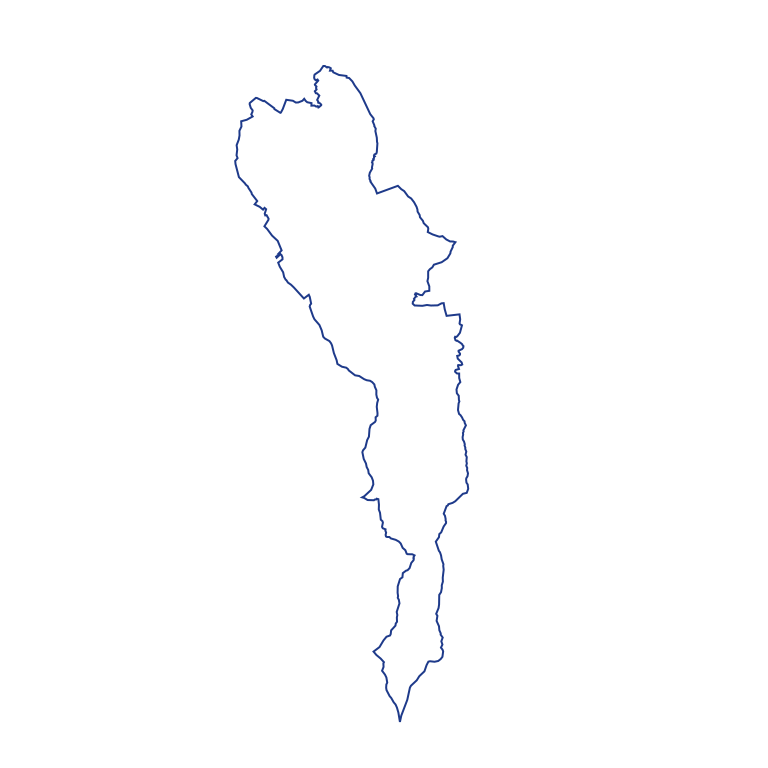 outline of Musetesti, Gorj, Romania, rotated 156°
{"feature_id": "2599482B16090003119204", "entity_name": "Musetesti", "entity_type": "district", "adm_level": 2, "iso_a3": "ROU", "parent_name": "Romania", "parent_adm1": "Gorj", "projection": "albers", "projection_center": [23.469, 45.217], "detail": "fine", "context": "isolated", "style": "outline", "palette": "blue", "viewbox_px": 768, "rotation_deg": 156, "n_neighbors": 0, "source": "geoboundaries", "source_scale": "gbopen_adm2", "svg_char_len": 6155}
<svg xmlns="http://www.w3.org/2000/svg" viewBox="0 0 768 768"><g transform="rotate(156 384 384)"><path d="M430.2,645.3L432.4,632.0L429.3,623.5L429.3,622.6L428.0,619.9L428.1,618.4L427.2,612.8L427.5,611.3L425.4,602.7L429.1,600.7L425.5,596.4L423.6,592.5L421.5,593.5L420.6,591.6L423.7,588.1L423.9,586.3L422.6,586.0L422.2,582.0L422.8,581.0L429.1,576.7L427.7,573.2L425.9,565.1L422.9,558.0L423.2,547.7L426.8,546.2L425.9,545.9L425.8,545.1L430.8,544.2L430.7,543.0L426.1,544.6L425.2,543.6L425.2,541.1L426.0,539.2L431.3,537.9L431.5,533.5L430.7,527.1L431.7,522.4L431.4,519.2L431.0,518.7L430.5,515.7L428.6,512.6L427.1,508.9L422.4,494.7L416.4,496.1L416.4,493.7L417.9,487.0L419.2,486.4L420.4,485.0L421.3,474.5L421.2,471.4L419.0,464.2L419.1,458.4L420.3,451.9L419.5,449.6L416.4,445.4L415.8,442.7L415.8,440.3L417.2,432.7L417.6,425.0L418.4,421.3L415.4,416.9L411.8,414.2L410.8,412.1L410.7,410.8L406.9,403.7L403.4,401.4L400.2,396.5L398.3,394.5L395.4,392.6L394.0,390.5L393.0,387.5L393.5,385.2L393.5,381.4L395.3,377.5L396.0,374.3L395.7,372.1L397.9,369.5L399.9,366.1L401.8,360.0L402.9,357.7L405.2,357.0L406.4,354.0L407.6,353.0L412.9,351.8L415.5,348.9L419.2,342.0L422.2,339.6L426.9,333.5L430.2,331.9L431.5,330.5L433.0,323.8L432.8,318.7L433.6,315.2L433.4,311.9L434.3,308.7L433.2,303.8L433.4,300.1L434.6,296.6L438.8,292.5L447.6,289.5L450.0,289.3L448.4,287.9L446.2,284.7L440.5,281.9L439.5,282.2L438.1,281.7L437.4,282.2L436.0,281.1L437.7,275.8L439.8,271.5L440.0,268.0L442.1,261.4L441.2,259.3L441.4,257.8L443.9,254.3L443.8,252.7L441.7,250.6L442.4,249.5L442.5,247.4L443.9,245.5L444.2,243.9L443.6,243.1L441.3,242.0L440.5,240.1L436.7,236.9L434.5,234.0L433.6,231.5L433.6,226.7L432.1,223.5L432.3,219.7L431.6,218.9L427.4,216.9L425.8,215.0L427.5,213.8L427.5,212.9L428.0,212.7L428.2,211.6L428.7,211.0L431.8,209.5L435.5,205.4L438.2,204.3L439.8,204.5L443.7,203.6L445.8,199.9L448.7,199.3L453.8,193.5L456.5,187.7L457.4,184.5L458.4,183.1L458.2,180.9L459.1,177.3L465.1,170.6L465.8,167.5L467.2,165.5L468.8,161.5L470.7,160.4L471.8,158.6L477.7,156.0L479.6,152.8L480.8,151.8L484.5,152.1L488.7,150.0L495.1,145.5L502.4,143.8L501.2,139.6L498.7,134.5L497.2,129.9L498.2,129.0L499.5,125.7L502.4,122.8L501.3,118.1L501.2,114.9L502.5,109.9L504.1,108.5L505.6,105.6L506.2,103.3L505.8,96.5L505.1,94.3L504.6,89.2L503.8,86.5L503.8,83.1L504.5,78.0L506.9,68.8L503.1,74.0L491.2,86.0L483.8,96.1L482.1,97.4L474.6,100.0L470.6,102.7L463.9,105.1L459.4,109.9L456.4,112.3L454.7,112.0L450.8,109.7L447.1,108.9L444.0,109.7L441.6,111.0L438.7,115.7L438.6,117.6L439.2,120.0L436.6,122.2L436.3,125.6L433.5,128.5L434.2,132.0L433.6,133.1L433.6,136.5L432.3,140.3L432.3,146.2L429.5,150.5L429.8,152.8L425.3,157.1L423.4,160.1L419.3,168.9L416.6,170.6L414.2,174.0L413.1,176.6L410.6,179.5L409.1,183.2L405.0,190.1L403.9,193.7L403.0,195.2L402.6,200.4L401.6,204.2L401.3,207.5L401.7,209.3L400.8,218.9L396.1,221.7L394.5,224.4L392.1,225.2L387.4,229.6L383.9,231.7L383.3,233.0L383.3,234.2L382.6,235.6L381.9,238.8L382.2,241.2L376.5,247.0L375.1,247.1L374.1,248.0L369.7,247.5L366.6,247.9L356.6,251.6L352.7,250.9L349.7,254.0L348.4,258.2L348.8,260.3L347.9,263.2L347.2,264.4L345.3,265.7L343.6,268.2L343.2,271.5L342.1,273.5L342.1,275.9L340.6,277.8L340.2,279.8L338.1,283.6L338.3,286.2L336.3,288.8L336.2,291.6L335.6,292.7L335.4,295.1L334.7,296.1L334.3,298.9L334.6,301.2L333.8,303.5L332.2,305.7L331.8,307.2L330.6,308.2L330.3,309.4L326.0,312.9L326.1,315.7L325.6,317.2L326.3,319.1L326.3,321.7L326.8,324.5L327.6,326.1L327.0,330.1L323.7,336.0L322.2,337.5L322.1,338.8L320.5,342.9L321.2,345.9L320.0,349.5L316.6,353.2L313.5,354.7L312.9,358.8L311.1,363.0L313.0,363.9L314.0,366.0L313.9,366.8L312.8,367.7L309.4,367.2L309.1,370.4L308.5,371.1L306.1,369.9L304.6,370.0L304.3,372.1L306.3,377.2L305.7,379.9L303.5,379.5L302.6,380.0L302.2,380.8L302.7,383.3L302.3,384.1L298.6,384.1L296.9,384.9L296.0,386.3L296.4,387.1L296.4,388.5L297.4,390.5L299.6,393.9L300.1,393.9L300.9,395.0L300.6,397.4L299.8,398.2L299.0,397.6L297.7,397.8L293.8,399.9L288.9,405.9L290.3,407.6L290.4,408.5L288.1,412.1L286.7,416.9L299.1,420.8L298.1,427.7L296.6,433.6L298.7,434.3L302.9,434.0L309.2,436.6L312.6,438.7L317.1,439.8L324.1,443.3L325.1,445.7L324.2,447.3L322.0,448.4L322.0,449.6L319.5,450.9L318.8,450.8L319.0,451.6L318.7,452.2L319.3,453.1L318.4,454.0L317.8,453.9L314.6,450.5L312.8,449.6L308.9,451.8L304.7,450.7L302.9,454.8L302.5,460.3L300.5,463.0L297.8,469.0L295.5,470.2L292.4,470.9L289.9,472.7L281.8,471.8L274.9,473.1L270.3,476.3L269.3,477.9L265.5,481.1L264.9,482.4L261.1,484.5L263.0,486.1L265.6,487.3L268.3,490.7L270.4,495.3L273.2,495.9L274.4,496.8L278.8,500.9L282.2,505.0L280.4,507.8L280.1,509.3L282.3,514.7L282.1,517.3L283.3,521.7L282.7,523.9L283.2,527.8L282.5,529.8L282.2,532.6L282.6,537.8L283.7,542.4L285.7,545.5L287.1,552.0L289.0,555.0L290.7,559.4L312.9,560.9L312.5,566.1L314.1,574.4L313.7,574.7L313.8,577.2L313.0,578.8L312.9,580.2L311.0,582.8L307.2,585.6L306.9,586.8L304.8,589.7L304.8,591.3L304.3,591.4L303.9,592.5L302.2,593.0L302.4,593.9L301.2,594.5L300.7,595.7L299.8,595.7L300.1,597.0L299.3,597.6L297.3,597.6L296.2,598.9L292.1,606.6L291.9,608.0L290.4,611.9L289.0,618.6L287.7,620.6L288.0,623.6L287.6,624.2L287.5,628.6L285.7,629.9L285.5,631.0L286.8,636.1L287.3,659.3L289.3,668.6L289.8,673.3L291.4,677.7L293.5,679.1L293.0,680.7L299.4,684.6L303.6,689.4L303.5,691.1L305.9,692.2L304.2,694.1L305.1,695.4L306.5,696.5L307.3,696.3L308.7,698.6L310.1,699.2L315.1,696.1L321.5,694.9L322.1,694.3L323.3,692.1L323.4,690.5L322.7,689.2L320.9,689.2L320.7,687.9L325.3,685.8L325.4,685.1L324.7,683.2L325.7,682.1L325.8,680.5L328.1,679.6L328.0,677.4L327.0,676.8L325.8,673.8L329.5,670.7L329.2,668.6L329.7,667.8L328.4,666.6L327.7,664.8L328.0,664.2L331.0,663.3L331.5,663.3L331.5,664.8L333.1,665.0L334.3,666.7L337.1,667.8L336.0,670.1L339.5,672.6L340.4,674.4L340.9,677.0L343.3,675.9L347.8,676.1L350.1,677.0L352.0,679.8L357.7,683.4L364.6,676.4L367.8,673.9L368.4,673.9L372.3,679.7L372.1,680.6L378.2,691.4L379.2,691.5L383.8,697.0L384.7,697.5L392.3,695.3L392.9,694.4L393.4,690.5L392.7,687.4L393.5,686.1L395.6,684.3L395.2,681.8L401.9,681.2L407.6,682.1L409.5,677.2L413.1,674.1L414.9,669.8L417.3,666.3L421.5,662.1L422.7,657.9L425.7,652.9L425.9,649.9L429.2,648.3L430.2,645.3Z" fill="none" stroke="#1e3a8a" stroke-width="2"/></g></svg>